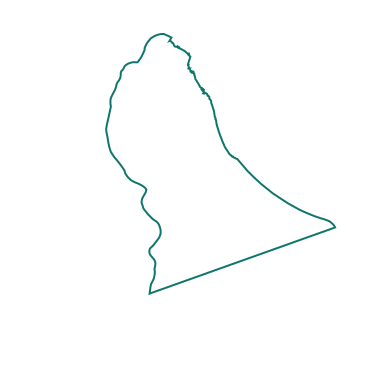 Ciudad del Plata, San José, Uruguay (Equal Earth projection), rotated 220°
{"feature_id": "84410073B44355686376037", "entity_name": "Ciudad del Plata", "entity_type": "district", "adm_level": 2, "iso_a3": "URY", "parent_name": "Uruguay", "parent_adm1": "San José", "projection": "equal_earth", "projection_center": [-56.41, -34.718], "detail": "fine", "context": "isolated", "style": "outline", "palette": "teal", "viewbox_px": 384, "rotation_deg": 220, "n_neighbors": 0, "source": "geoboundaries", "source_scale": "gbopen_adm2", "svg_char_len": 3579}
<svg xmlns="http://www.w3.org/2000/svg" viewBox="0 0 384 384"><g transform="rotate(220 192 192)"><path d="M159.2,86.9L59.6,256.8L61.3,257.6L63.0,257.9L65.5,258.0L67.9,257.9L70.5,257.1L73.1,256.1L75.6,255.0L82.4,252.3L83.3,252.0L84.0,251.8L90.8,249.6L97.8,247.6L105.6,246.1L111.2,245.0L129.1,242.9L144.6,242.6L151.1,242.9L157.2,243.3L162.9,243.8L167.2,244.5L174.4,245.7L178.5,246.4L179.4,246.0L180.4,245.8L181.4,245.7L182.0,245.3L182.7,245.3L183.3,245.5L183.7,245.0L184.4,244.9L185.0,245.2L185.5,245.3L186.3,245.0L188.4,245.3L190.1,245.9L193.3,246.8L194.6,247.2L196.2,247.8L197.5,248.5L198.5,249.0L199.8,249.6L201.5,250.5L202.9,251.3L206.7,253.4L210.5,255.6L214.1,258.0L215.0,258.5L215.8,259.1L218.0,260.8L218.2,261.0L218.6,261.5L220.2,262.7L220.8,262.8L221.1,263.5L221.9,263.8L222.7,264.2L223.3,264.6L223.8,265.1L225.2,266.3L225.6,266.7L226.0,267.1L226.9,267.9L227.5,268.3L228.8,269.1L230.1,269.9L232.2,271.3L233.5,272.0L234.5,272.5L235.8,274.0L237.0,274.5L238.0,274.4L239.1,275.0L239.9,276.0L241.4,276.2L241.8,275.8L243.0,276.4L243.4,276.8L244.1,276.8L244.8,276.6L245.9,276.0L245.9,275.2L246.7,274.8L246.7,276.4L248.2,276.4L248.6,278.0L249.7,278.0L249.1,277.2L249.0,276.4L250.8,276.8L250.8,277.6L251.7,277.9L252.6,277.6L253.8,277.7L254.4,278.2L256.6,279.0L262.1,280.8L263.7,282.1L264.9,282.8L265.6,283.1L265.9,283.8L266.3,284.2L267.7,283.8L267.8,284.7L268.3,285.1L268.9,284.9L268.9,283.3L270.1,283.3L269.7,284.1L273.1,284.5L273.1,285.3L274.2,284.5L274.6,285.7L276.5,286.5L276.5,287.3L277.2,287.3L280.3,294.7L282.5,294.7L282.5,295.5L283.3,295.9L283.3,295.1L288.2,295.3L292.7,294.4L295.0,293.8L295.0,294.6L295.3,294.6L295.3,293.8L296.8,294.2L296.8,293.4L298.5,292.5L299.9,292.6L301.0,293.4L302.1,293.8L303.0,293.5L303.8,293.8L305.3,293.8L305.8,294.1L306.2,294.1L306.4,293.6L307.0,297.1L309.2,296.6L312.1,295.8L315.2,294.9L317.2,293.2L318.2,291.9L318.7,291.3L320.2,289.0L321.0,287.2L321.5,285.9L322.3,283.2L322.3,280.4L322.3,278.2L322.2,277.9L322.0,276.3L321.6,274.4L320.8,271.8L319.6,270.3L318.8,267.5L317.9,264.2L317.4,261.6L317.2,258.9L317.1,256.5L317.9,255.6L319.0,254.8L320.2,253.9L321.6,252.3L322.6,250.7L323.4,249.3L324.2,247.0L324.4,245.0L323.9,242.9L323.6,241.2L323.8,239.9L323.6,238.2L322.8,237.0L321.6,235.6L320.5,233.7L319.7,231.0L319.6,228.3L319.2,226.9L319.0,225.9L318.0,224.3L317.4,222.7L316.8,221.2L316.5,220.0L316.2,218.7L315.9,217.2L315.7,216.0L315.3,214.8L315.1,213.7L314.7,212.4L314.4,211.5L314.0,210.9L313.5,209.9L312.8,209.1L312.2,208.4L311.5,207.5L310.8,206.8L310.3,206.5L308.9,205.0L308.3,203.9L306.5,200.4L304.6,196.9L303.1,194.0L302.6,193.0L301.1,190.1L300.4,188.7L298.2,185.0L297.8,184.6L295.5,182.4L295.2,182.2L294.3,181.5L292.6,180.2L289.6,177.6L288.1,176.3L284.6,173.5L279.9,170.5L274.0,168.8L269.0,167.9L263.8,166.8L257.9,165.2L254.7,163.2L251.2,162.2L246.5,161.8L242.4,162.6L238.5,163.9L235.0,164.7L232.6,165.0L230.3,165.0L228.5,164.4L227.4,162.3L226.9,160.1L226.5,157.6L225.9,154.8L224.4,152.1L223.2,151.0L221.1,149.8L219.0,148.4L217.1,147.7L214.9,147.4L212.9,146.9L211.2,146.6L209.0,146.4L206.9,146.2L204.7,146.0L202.7,146.2L200.6,146.5L198.1,146.3L196.3,145.7L194.3,144.6L192.1,143.1L190.7,141.7L189.2,139.8L188.4,137.7L187.8,135.9L187.7,134.0L187.6,131.8L187.6,129.7L187.4,127.7L187.4,126.0L187.5,124.7L187.8,123.1L187.8,121.7L187.5,120.7L186.5,119.1L185.4,117.9L183.8,117.1L182.3,116.7L180.3,116.4L178.1,116.0L176.8,115.6L175.5,114.9L174.1,113.7L173.1,112.3L172.0,110.4L171.2,108.8L169.6,107.4L168.0,105.5L166.7,103.2L165.4,100.5L164.7,97.6L164.2,95.2L162.9,92.7L161.3,90.3L159.2,86.9Z" fill="none" stroke="#0f766e" stroke-width="2"/></g></svg>